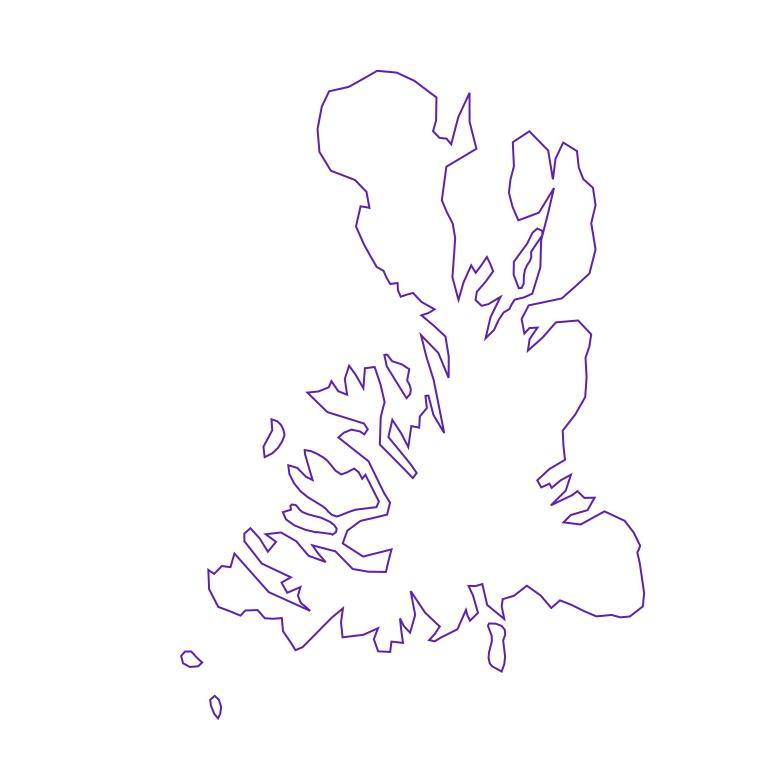 Archipel des Kerguelen, Equal Earth projection, rotated 263°
{"feature_id": "ATF-5916", "entity_name": "Archipel des Kerguelen", "entity_type": "state/province", "adm_level": 1, "iso_a3": "ATF", "parent_name": "French Southern and Antarctic Lands", "parent_adm1": "", "projection": "equal_earth", "projection_center": [69.4, -49.144], "detail": "fine", "context": "isolated", "style": "outline", "palette": "violet", "viewbox_px": 768, "rotation_deg": 263, "n_neighbors": 0, "source": "natural_earth", "source_scale": "10m", "svg_char_len": 5427}
<svg xmlns="http://www.w3.org/2000/svg" viewBox="0 0 768 768"><g transform="rotate(263 384 384)"><path d="M689.5,400.7L695.7,415.4L691.5,434.6L681.2,451.1L662.0,471.0L639.2,467.8L628.9,463.5L621.5,469.1L619.9,476.0L613.7,479.9L639.7,490.2L662.6,504.4L633.9,500.9L606.2,504.4L592.1,472.4L559.3,463.8L547.0,467.3L534.7,471.8L520.0,472.4L505.3,469.6L481.6,464.9L458.4,468.2L475.1,475.3L491.1,485.0L487.1,486.8L483.2,488.6L490.2,495.3L497.5,501.6L489.8,504.3L482.5,506.0L473.2,497.4L464.2,487.4L456.2,485.1L449.7,490.4L450.5,497.2L456.2,510.2L437.4,497.9L417.0,490.4L424.2,499.8L433.6,505.6L440.5,511.5L443.0,517.5L447.6,520.5L451.8,524.0L452.9,533.6L455.6,542.2L480.6,553.4L507.5,557.5L532.5,567.3L557.8,576.6L535.2,558.7L530.1,537.3L544.0,533.2L558.5,531.3L571.7,534.5L584.3,539.5L608.3,541.3L617.1,559.1L595.7,575.4L566.6,576.6L586.7,581.7L601.8,591.3L591.7,603.9L575.2,603.7L563.0,606.8L553.3,615.3L535.8,615.8L518.3,609.3L491.8,610.4L468.7,601.4L457.6,585.9L447.3,570.9L445.8,553.9L444.4,537.2L431.7,528.5L417.0,529.5L421.8,535.2L421.3,543.3L411.0,534.1L399.6,530.9L410.7,547.0L424.2,562.1L423.4,584.4L408.0,595.7L396.2,592.4L385.3,587.2L365.9,585.9L346.5,582.1L330.4,570.1L316.0,555.7L300.9,554.6L286.7,554.4L279.5,537.9L269.7,524.4L262.2,527.5L264.9,536.0L262.7,536.9L260.5,537.8L266.8,547.5L271.2,558.5L256.0,551.4L243.2,534.8L247.0,545.9L250.7,557.2L254.1,562.9L246.5,569.0L245.5,579.2L234.0,570.7L231.2,553.4L224.8,545.3L220.6,562.1L230.7,587.3L218.9,606.2L206.0,613.8L192.2,618.5L188.7,616.8L186.1,614.9L181.1,615.4L175.2,616.0L159.8,616.4L144.6,616.7L131.7,613.8L123.3,599.7L123.6,590.1L127.0,581.8L127.5,566.4L134.0,555.2L141.9,543.2L147.8,532.3L141.3,522.7L154.9,513.8L166.4,501.2L158.0,487.3L156.0,475.6L148.9,473.7L136.1,474.7L152.1,459.5L173.4,457.2L172.3,450.2L173.3,443.3L163.1,446.6L145.4,449.4L138.6,440.5L144.1,438.6L149.7,437.8L131.6,427.0L125.5,409.8L122.4,403.0L124.3,397.6L129.3,403.5L136.5,409.8L152.1,396.9L175.3,385.2L151.0,386.8L134.0,379.6L141.3,374.2L149.4,371.3L137.0,371.1L124.7,371.3L126.1,365.6L127.4,360.0L117.3,357.5L119.4,345.6L131.9,342.8L142.3,348.3L137.6,333.0L137.6,312.0L152.7,312.3L166.3,315.9L158.5,303.7L149.4,292.2L140.6,281.1L132.7,271.1L130.6,263.7L138.1,260.3L151.0,253.6L164.1,254.1L164.5,245.3L166.0,237.2L175.0,231.0L176.1,218.8L171.6,213.3L177.2,203.4L183.0,192.3L201.8,185.4L220.9,187.0L216.2,192.2L223.1,200.9L220.9,209.3L234.0,214.9L191.5,244.2L167.8,283.1L172.5,279.0L177.0,274.7L184.4,272.8L192.6,276.3L188.6,262.5L199.4,258.1L203.5,268.0L220.6,240.9L244.9,226.3L252.5,227.1L257.1,233.8L245.9,241.8L231.7,248.3L240.5,257.6L249.3,248.3L249.2,263.6L238.7,277.7L222.7,288.2L214.4,304.4L223.3,298.3L232.6,293.3L223.8,315.4L204.2,330.4L199.6,345.6L197.2,363.0L208.2,367.0L218.9,371.3L215.3,342.2L230.8,323.6L242.9,329.7L251.0,344.0L252.5,358.6L254.0,371.2L265.5,375.5L275.7,370.8L309.2,359.2L336.5,332.2L340.6,338.4L342.7,346.0L339.9,354.3L336.4,358.3L341.1,362.4L347.2,359.3L363.0,324.4L384.8,306.9L384.6,318.0L387.4,328.7L393.2,332.2L382.4,337.7L377.9,346.1L393.8,345.7L406.4,351.6L396.4,357.1L382.3,363.0L402.0,367.0L402.0,376.8L383.9,380.5L366.0,382.4L358.8,379.5L351.4,376.7L324.4,372.5L305.3,387.3L296.5,394.1L287.1,401.1L291.7,405.6L300.3,401.1L309.1,395.7L330.8,381.9L347.4,387.9L333.1,395.0L318.4,400.4L338.9,406.0L336.4,413.6L347.4,415.6L354.9,423.6L367.1,423.7L367.1,425.3L367.1,426.7L347.3,429.3L328.0,437.8L355.0,435.8L381.9,433.8L405.9,429.4L428.0,426.7L408.2,441.7L382.2,448.9L403.5,451.6L423.6,450.8L435.9,440.5L447.6,429.5L449.0,436.8L452.0,443.3L460.8,431.3L470.8,423.9L469.8,416.9L468.6,411.2L475.4,409.3L482.6,409.8L482.5,402.4L489.1,399.5L496.4,397.3L501.1,391.0L512.9,386.0L525.3,381.0L543.8,375.4L563.2,382.4L562.0,386.8L560.6,391.0L576.8,390.0L590.0,380.1L602.1,357.3L622.2,348.2L645.1,349.1L667.0,356.1L681.2,365.2L683.2,385.2L689.5,400.7ZM258.3,320.8L260.4,316.4L263.6,313.5L267.2,311.1L270.1,308.3L281.1,294.4L287.8,288.0L296.6,282.5L306.3,279.1L315.0,279.1L311.3,287.7L301.4,295.3L297.4,301.4L323.7,297.1L328.0,297.2L326.4,303.1L322.6,309.5L318.3,315.0L315.0,318.3L303.8,325.4L299.5,330.5L300.7,336.3L303.7,344.0L299.6,348.1L292.6,350.8L296.2,354.5L268.0,364.6L262.7,361.5L262.7,340.5L261.7,335.2L258.7,323.7L258.3,320.8ZM269.1,268.0L270.6,276.5L274.1,276.1L275.6,277.7L274.7,281.5L272.4,283.3L269.6,284.9L266.8,287.5L263.7,293.2L259.0,305.2L253.7,313.7L250.0,317.4L246.0,319.4L242.9,318.3L240.7,314.5L241.6,313.3L245.3,299.1L245.0,298.6L248.9,288.2L254.6,277.8L261.6,270.2L269.1,268.0ZM132.5,465.7L129.6,471.2L125.5,473.9L120.5,473.8L114.9,471.0L98.9,471.0L91.4,469.3L84.3,465.7L90.4,457.2L93.8,454.9L99.4,454.4L105.0,455.6L115.5,459.7L121.1,460.2L131.2,457.7L133.5,459.1L132.5,465.7ZM497.3,546.1L491.9,545.7L488.2,543.7L484.7,540.7L480.1,537.8L475.1,536.2L466.4,534.8L462.6,532.3L462.6,529.5L476.5,526.0L489.5,527.8L506.0,543.3L516.0,549.8L519.6,555.0L516.7,559.9L512.3,559.2L497.3,546.1ZM384.7,407.4L380.0,409.3L375.3,410.0L370.9,408.7L367.1,404.6L401.2,388.9L412.8,387.9L412.8,390.7L405.6,394.9L401.3,404.1L395.6,410.9L384.7,407.4ZM345.5,279.1L339.3,275.9L333.5,271.0L328.8,264.7L325.9,256.6L336.4,256.7L351.8,267.5L362.6,268.0L360.2,273.3L356.1,276.7L351.1,278.5L345.5,279.1ZM135.6,164.6L129.7,169.6L126.5,165.1L126.8,156.8L131.3,150.5L138.8,149.5L142.7,153.9L142.0,160.1L135.6,164.6ZM91.7,173.0L95.1,178.0L90.8,181.6L83.2,183.0L76.5,181.2L72.3,178.5L77.4,175.3L85.8,173.0L91.7,173.0Z" fill="none" stroke="#5b21b6" stroke-width="2"/></g></svg>